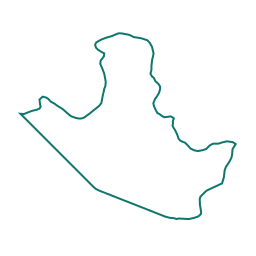 Boa Vista do Gurupi, Maranhão, Brazil, rotated 86°
{"feature_id": "56859067B62524536065955", "entity_name": "Boa Vista do Gurupi", "entity_type": "district", "adm_level": 2, "iso_a3": "BRA", "parent_name": "Brazil", "parent_adm1": "Maranhão", "projection": "mercator", "projection_center": [-46.212, -1.769], "detail": "fine", "context": "isolated", "style": "outline", "palette": "teal", "viewbox_px": 256, "rotation_deg": 86, "n_neighbors": 0, "source": "geoboundaries", "source_scale": "gbopen_adm2", "svg_char_len": 1699}
<svg xmlns="http://www.w3.org/2000/svg" viewBox="0 0 256 256"><g transform="rotate(86 128 128)"><path d="M106.3,234.3L182.2,168.4L184.4,166.5L186.5,164.4L188.5,161.0L219.0,97.0L220.5,92.6L221.1,88.7L222.2,85.8L221.8,83.7L223.1,73.7L222.3,68.4L221.1,64.0L219.0,61.3L216.9,60.9L209.6,61.6L203.8,61.4L201.5,60.5L196.8,55.1L195.7,53.4L189.8,38.0L183.8,35.8L176.9,34.5L173.7,33.1L168.7,29.2L164.9,26.9L162.3,26.1L156.4,25.2L151.6,21.7L149.4,24.5L148.8,27.3L148.2,30.2L148.9,34.8L149.9,38.8L149.6,44.3L151.0,47.5L154.4,51.5L155.3,54.9L155.9,60.0L154.8,63.6L152.9,67.0L148.8,70.2L146.5,72.3L145.5,74.5L144.3,76.7L142.2,78.3L138.3,79.3L133.8,81.0L130.7,82.7L128.6,83.4L126.5,82.8L124.4,82.8L121.5,81.6L119.4,84.5L119.8,90.7L118.9,92.6L116.2,95.8L115.2,97.6L111.9,99.1L107.9,100.6L105.1,101.0L100.9,99.0L98.6,97.0L95.1,94.6L91.6,93.3L88.8,93.1L86.0,94.7L83.1,97.5L80.0,98.6L78.3,100.4L75.5,101.8L71.7,100.6L67.1,100.2L61.4,99.1L58.5,98.1L55.3,97.3L48.7,98.4L44.5,100.4L41.8,102.6L39.4,108.5L38.3,113.1L37.7,116.1L36.3,118.1L35.1,120.5L33.2,127.6L32.9,130.8L34.0,134.3L35.3,138.2L36.5,143.8L37.1,145.8L37.8,148.0L39.0,150.9L40.4,153.7L42.7,155.0L45.5,154.4L47.8,152.5L50.5,148.8L51.9,146.5L54.8,147.0L58.8,150.5L61.7,151.2L63.9,150.6L66.6,149.6L72.3,147.9L77.2,147.3L80.5,147.0L84.4,147.6L87.4,149.0L90.4,149.8L94.2,151.0L98.1,152.0L101.3,152.9L103.7,155.0L105.6,157.6L108.1,161.3L110.8,165.1L114.6,171.2L115.3,174.1L115.1,176.6L114.2,179.6L112.3,184.0L109.1,187.4L104.4,192.0L101.1,196.7L98.3,200.0L96.4,203.2L93.5,205.4L91.9,207.6L90.8,210.9L93.5,214.3L97.9,214.1L100.7,213.7L102.5,215.0L103.4,217.6L104.2,222.5L105.5,226.9L106.8,230.8L106.3,234.3Z" fill="none" stroke="#0f766e" stroke-width="2"/></g></svg>